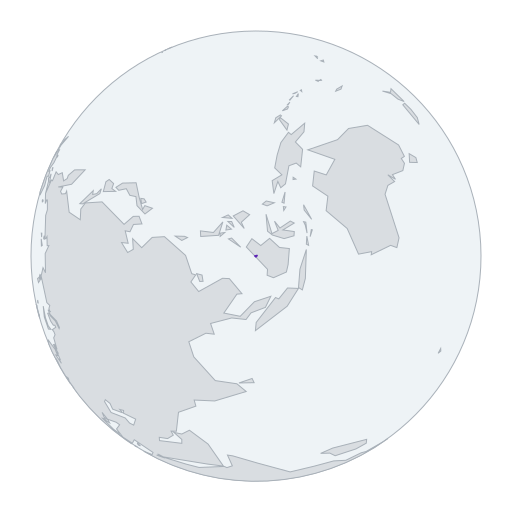 the Earth from above Tutong, rotated 267°
{"feature_id": "BRN-1184", "entity_name": "Tutong", "entity_type": "District", "adm_level": 1, "iso_a3": "BRN", "parent_name": "Brunei", "parent_adm1": "", "projection": "orthographic", "projection_center": [114.706, 4.599], "detail": "coarse", "context": "on_globe", "style": "filled", "palette": "violet", "viewbox_px": 512, "rotation_deg": 267, "n_neighbors": 0, "source": "natural_earth", "source_scale": "10m", "svg_char_len": 8096}
<svg xmlns="http://www.w3.org/2000/svg" viewBox="0 0 512 512"><g transform="rotate(267 256 256)"><circle cx="256" cy="256" r="225" fill="#eef3f6" stroke="#a8b0b8"/><path d="M452.7,325.4L452.4,327.0L452.2,327.2L452.7,325.4ZM364.5,58.6L371.3,62.6L363.9,58.4L381.8,70.4L385.3,75.1L376.7,66.9L372.2,64.0L372.3,65.3L367.8,62.7L365.2,62.1L359.8,59.1L355.1,55.3L351.5,53.6L351.8,54.7L346.5,53.0L346.6,51.5L337.4,48.6L328.0,43.4L331.3,43.7L348.2,50.5L364.5,58.6ZM469.1,183.3L467.3,178.4L468.3,180.9L469.1,183.3ZM466.2,175.9L466.9,177.4L466.4,176.2L466.2,175.9ZM465.9,175.3L466.1,175.7L466.0,175.8L465.9,175.3ZM465.6,175.2L465.8,175.3L465.6,175.2ZM464.5,173.5L464.1,173.0L464.0,172.3L464.5,173.5ZM377.2,66.6L376.6,65.9L378.7,67.6L377.2,66.6ZM365.8,62.6L367.4,63.7L365.4,63.0L365.8,62.6ZM355.2,58.0L351.5,56.8L354.5,57.3L355.2,58.0ZM348.8,55.7L339.7,53.6L342.6,55.7L329.5,49.1L341.5,52.7L344.7,52.8L345.4,54.0L348.8,55.7ZM323.7,46.2L320.8,45.4L322.9,45.5L323.7,46.2ZM66.9,133.6L63.2,141.9L65.2,142.9L78.9,124.8L75.5,122.7L82.1,113.6L90.6,107.7L94.6,111.0L97.3,107.7L100.8,99.2L107.9,94.1L102.8,96.0L100.3,99.5L97.0,101.1L99.1,98.0L101.5,96.1L102.0,94.2L90.3,104.8L86.6,109.5L84.2,110.4L77.7,118.7L74.8,122.2L79.4,116.1L89.8,103.9L101.0,92.5L113.0,81.9L125.7,72.2L125.5,72.4L127.6,71.0L134.8,66.3L133.4,67.5L140.6,62.9L143.8,62.2L146.0,59.6L154.5,55.1L161.2,52.4L164.4,50.7L153.6,55.4L148.9,57.8L144.2,60.4L138.0,64.1L154.2,55.0L171.1,47.3L178.6,44.6L183.5,43.8L173.1,50.6L167.0,52.6L167.6,50.9L159.0,56.1L163.5,53.9L162.3,55.3L170.2,52.3L169.7,53.2L178.1,49.1L178.4,49.9L173.1,52.4L184.9,49.7L187.9,51.2L190.8,50.3L193.1,48.8L195.3,52.3L197.4,51.5L197.5,50.0L201.6,47.6L209.7,45.0L210.0,46.3L207.1,47.4L201.6,52.2L193.8,55.6L194.8,56.0L201.6,53.4L208.4,47.4L213.2,45.5L210.8,48.1L212.1,47.0L214.6,46.5L217.4,47.5L220.4,44.7L247.4,40.4L255.5,42.7L250.3,44.9L269.5,45.6L277.2,49.7L277.2,48.0L286.4,48.3L284.2,46.9L284.9,46.2L307.6,48.1L313.1,50.1L322.9,50.6L323.0,49.9L319.4,48.3L329.5,49.1L342.6,55.7L341.8,56.7L350.5,60.8L347.7,62.8L349.3,66.9L341.1,67.8L343.2,71.5L346.4,72.8L351.5,79.4L351.0,89.9L337.3,75.6L335.3,62.1L334.9,66.7L330.8,64.2L328.1,65.2L328.2,69.0L330.8,70.3L309.5,71.7L301.4,82.4L312.1,83.5L317.9,88.4L318.1,105.1L294.5,125.9L302.0,135.5L301.8,141.3L294.0,143.8L293.9,135.3L286.8,131.4L288.0,126.7L275.4,129.0L276.5,122.4L266.2,128.0L269.1,133.8L279.8,133.7L270.3,142.3L280.0,153.3L280.1,165.6L260.3,185.7L241.7,190.9L240.3,194.8L233.5,189.6L223.5,196.9L235.5,221.4L234.8,228.2L219.1,240.0L218.9,234.9L200.7,220.9L196.6,237.1L210.4,252.0L215.0,268.7L204.2,262.7L199.5,248.1L193.1,242.7L195.4,228.5L191.0,207.1L180.1,210.2L181.5,201.9L173.9,184.4L158.5,188.6L133.7,208.8L129.4,230.2L121.2,239.1L113.4,207.2L115.4,186.7L109.2,188.1L104.0,170.4L85.2,167.3L85.6,162.0L81.4,164.0L78.3,158.2L80.0,149.9L76.7,150.0L72.8,172.1L76.7,172.3L84.2,164.7L82.1,172.6L85.5,180.4L70.7,198.3L47.9,212.5L50.8,196.5L60.2,153.1L62.8,148.7L63.0,148.2L63.5,147.3L59.0,154.4L62.4,146.3L51.8,175.4L47.8,188.1L47.5,213.4L46.2,215.8L47.7,221.4L58.7,217.1L57.6,222.4L49.2,246.5L38.6,278.8L43.0,302.8L47.3,322.9L47.3,335.0L54.0,350.8L55.0,355.7L59.5,364.6L64.0,373.6L66.8,378.2L58.5,364.4L51.2,349.9L45.0,335.0L39.9,319.7L35.9,304.0L33.0,288.1L31.3,272.0L30.7,255.9L31.3,239.7L33.1,223.7L35.9,207.8L40.0,192.1L45.1,176.8L51.3,161.9L58.6,147.4L66.9,133.6ZM93.5,125.0L99.4,127.3L105.9,115.5L108.7,115.7L109.9,111.9L106.3,114.7L110.6,104.8L116.4,102.5L120.4,98.0L118.6,97.1L107.3,103.1L101.1,116.9L95.8,121.0L93.5,125.0ZM205.0,36.8L207.7,36.1L208.9,35.9L216.8,34.3L217.4,34.4L212.9,35.4L205.0,36.8ZM75.7,127.6L72.4,130.7L73.3,128.8L74.2,128.1L75.7,127.6ZM73.1,124.7L71.5,127.6L72.1,126.0L73.1,124.7ZM207.1,36.7L210.2,35.9L208.6,36.5L207.1,36.7ZM218.3,34.5L217.1,35.0L218.4,34.3L218.3,34.5ZM149.3,432.8L154.0,435.6L151.4,435.6L149.3,432.8ZM60.2,322.6L67.1,356.9L63.3,356.3L58.1,345.7L52.4,324.6L55.3,319.4L55.5,310.2L60.2,322.6ZM272.5,311.1L279.5,312.6L279.2,313.6L272.5,311.1ZM265.2,306.9L273.2,307.8L263.9,309.1L265.2,306.9ZM276.2,308.2L284.3,306.8L287.8,305.3L287.2,307.5L276.2,308.2ZM259.9,306.6L231.0,304.1L219.7,300.5L222.3,296.8L240.6,299.2L259.9,306.6ZM221.4,296.7L204.2,284.5L181.5,251.5L189.6,252.7L213.5,273.3L212.0,276.5L222.4,285.8L221.4,296.7ZM263.3,279.9L261.7,289.7L245.7,287.6L238.4,285.5L233.4,272.3L236.2,266.1L242.1,266.8L265.5,246.8L273.5,252.8L266.2,261.3L272.9,270.5L263.3,279.9ZM130.1,232.3L133.9,245.7L129.6,247.5L130.1,232.3ZM275.2,232.6L265.6,241.2L274.5,229.4L275.2,232.6ZM280.7,221.3L281.1,226.1L277.4,221.2L280.7,221.3ZM239.8,201.1L233.5,201.8L233.5,198.5L241.5,195.8L239.8,201.1ZM280.1,176.3L279.4,185.6L278.0,188.6L275.4,182.7L280.1,176.3ZM217.1,40.9L205.4,42.5L197.3,44.8L193.5,47.3L193.9,44.9L206.2,41.4L217.1,40.9ZM243.6,40.1L246.9,38.6L248.8,39.3L248.4,39.7L243.6,40.1ZM243.2,39.1L240.9,37.4L245.0,36.7L246.0,38.1L243.2,39.1ZM223.5,35.7L220.0,36.1L221.4,35.5L223.5,35.7ZM399.3,410.5L400.8,412.4L394.3,418.4L385.8,424.3L378.8,425.8L399.3,410.5ZM340.9,421.9L341.5,414.3L350.2,414.3L345.9,420.8L340.9,421.9ZM405.2,406.0L411.0,399.5L414.1,390.9L412.4,398.9L416.0,399.6L402.5,412.0L405.2,406.0ZM310.9,388.1L266.7,399.8L257.0,397.1L259.6,391.0L251.2,371.1L254.3,371.7L252.5,358.5L278.7,348.5L297.6,328.4L312.0,330.9L323.0,316.2L337.8,318.6L333.3,330.4L348.4,339.8L359.3,313.3L367.9,343.5L378.5,355.1L380.7,374.2L359.4,404.2L347.7,409.4L345.8,406.2L340.8,409.1L333.6,407.1L330.1,396.5L325.3,399.3L330.2,391.9L323.1,398.3L319.6,391.4L310.9,388.1ZM416.4,344.2L418.4,345.3L421.3,350.9L418.2,349.6L416.4,344.2ZM447.5,330.9L448.2,333.5L446.2,333.9L447.5,330.9ZM452.2,327.2L449.8,327.9L452.7,325.4L452.2,327.2ZM427.9,328.1L428.9,330.0L428.0,330.6L427.9,328.1ZM427.1,327.3L428.5,324.5L428.2,327.5L427.1,327.3ZM417.8,310.3L419.1,308.9L419.6,310.1L417.8,310.3ZM289.7,313.5L299.4,306.5L304.7,306.2L289.7,313.5ZM416.0,306.8L412.9,306.2L413.2,304.7L416.0,306.8ZM416.3,303.2L416.0,300.9L417.9,306.3L416.3,303.2ZM410.2,297.6L414.1,301.9L409.8,298.0L410.2,297.6ZM407.9,297.9L405.1,295.8L405.3,295.2L407.9,297.9ZM375.4,297.5L386.1,311.6L377.5,310.4L367.8,301.3L360.1,308.1L342.7,305.3L346.7,301.0L344.4,293.6L326.5,289.2L322.9,284.3L329.3,281.7L317.4,277.1L330.4,276.1L335.7,286.1L343.0,279.3L355.7,282.4L368.0,286.8L377.8,294.9L375.4,297.5ZM330.4,297.0L332.7,297.2L330.7,299.9L330.4,297.0ZM399.6,289.9L403.8,295.1L403.3,296.2L401.2,295.2L399.6,289.9ZM380.1,293.5L390.7,286.7L393.2,287.2L386.1,295.3L380.1,293.5ZM388.1,281.3L393.0,283.0L395.6,287.7L394.6,288.8L388.1,281.3ZM303.9,285.9L303.4,288.5L300.0,286.1L303.9,285.9ZM308.3,284.7L318.4,288.4L307.3,286.8L308.3,284.7ZM277.5,273.1L280.4,279.5L289.8,276.3L282.7,281.4L289.1,292.1L286.9,295.9L280.6,284.2L278.4,295.5L274.2,295.0L271.9,285.0L276.1,273.4L280.2,268.8L297.2,268.2L277.5,273.1ZM308.2,277.1L305.5,269.7L307.5,265.1L310.4,269.1L308.2,277.1ZM297.6,251.8L290.5,243.1L284.1,245.7L297.2,235.4L301.8,245.4L297.6,251.8ZM291.7,233.5L285.7,235.8L292.0,229.7L291.7,233.5ZM284.1,232.9L283.5,227.3L288.3,228.4L284.1,232.9ZM294.9,234.0L296.2,224.6L298.5,230.4L294.9,234.0ZM281.7,214.7L291.8,224.7L278.6,219.7L278.4,201.8L284.0,201.8L281.7,214.7ZM315.6,149.1L314.3,144.5L319.6,144.0L318.9,147.3L315.6,149.1ZM335.4,140.1L320.6,142.4L308.4,145.2L312.1,147.6L309.1,155.1L303.8,147.3L312.5,139.8L321.6,139.2L323.2,133.2L330.0,130.0L328.8,122.4L331.9,119.7L335.8,126.6L335.4,140.1ZM327.9,119.2L328.3,106.9L338.0,110.0L340.1,113.4L335.8,117.6L330.9,115.6L327.9,119.2ZM331.2,105.1L326.5,103.3L317.1,85.6L317.5,82.8L329.8,96.9L326.0,96.1L326.6,100.2L331.2,105.1ZM321.6,46.1L320.9,45.4L323.2,46.4L321.6,46.1ZM283.4,45.5L284.8,44.8L287.4,45.6L283.4,45.5ZM290.0,43.3L286.0,42.9L290.1,42.8L290.0,43.3ZM277.2,42.2L284.4,42.4L277.7,43.1L277.2,42.2Z" fill="#d9dde1" stroke="#a8b0b8" stroke-width="1"/><path d="M256.1,255.5L256.2,255.8L256.3,255.9L256.3,256.4L256.3,256.5L256.5,256.7L256.5,256.8L256.5,257.0L256.4,257.1L256.2,257.1L256.1,256.9L256.0,256.7L255.9,256.6L255.7,256.4L255.5,256.2L255.4,256.0L255.3,255.9L255.2,255.9L255.2,255.7L255.3,255.6L255.5,255.4L256.1,254.9L256.2,255.0L256.1,255.3L256.1,255.5Z" fill="#8b5cf6" stroke="#5b21b6" stroke-width="1.5"/></g></svg>